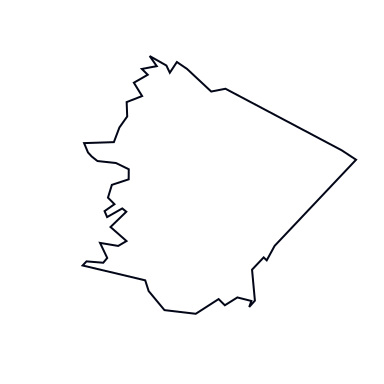 Mercer, Kentucky, United States of America, rotated 217°
{"feature_id": "52423323B2643841016629", "entity_name": "Mercer", "entity_type": "district", "adm_level": 2, "iso_a3": "USA", "parent_name": "United States of America", "parent_adm1": "Kentucky", "projection": "orthographic", "projection_center": [-84.826, 37.824], "detail": "fine", "context": "isolated", "style": "outline", "palette": "ink", "viewbox_px": 384, "rotation_deg": 217, "n_neighbors": 0, "source": "geoboundaries", "source_scale": "gbopen_adm2", "svg_char_len": 805}
<svg xmlns="http://www.w3.org/2000/svg" viewBox="0 0 384 384"><g transform="rotate(217 192 192)"><path d="M80.4,316.5L97.5,315.4L227.4,294.6L237.1,283.8L270.0,287.3L282.3,286.7L281.5,273.9L288.6,277.6L307.6,275.1L295.9,271.3L306.1,260.1L297.9,259.0L304.2,244.3L289.6,238.6L298.3,224.5L289.2,213.3L288.8,199.8L284.4,184.8L307.6,166.1L298.9,161.0L293.5,160.0L286.2,159.8L270.1,169.4L256.2,172.1L250.2,164.0L260.3,149.5L255.7,136.9L246.6,135.6L250.3,124.1L244.7,120.9L237.8,136.9L232.6,136.7L236.0,115.0L214.8,113.4L218.5,104.5L234.8,96.0L220.0,88.3L220.3,82.1L234.5,73.1L235.1,67.5L176.2,93.3L167.0,86.8L142.9,81.1L115.7,97.0L106.3,122.5L97.6,121.3L92.3,135.1L79.0,140.7L77.1,134.6L76.4,143.1L97.3,166.1L95.4,182.9L91.2,182.4L93.6,198.7L80.4,316.5Z" fill="none" stroke="#020617" stroke-width="2"/></g></svg>